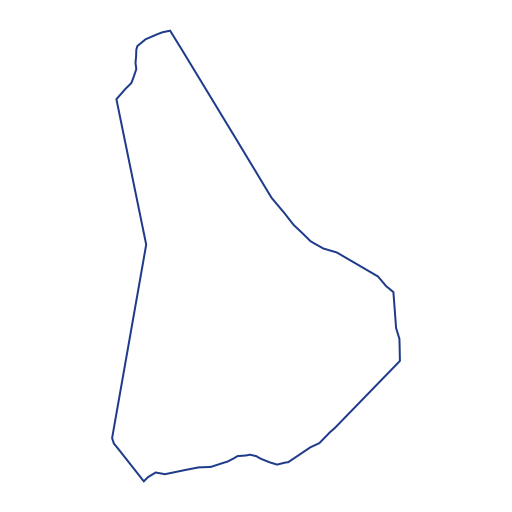 the district of Damanhur, Al Buhayrah, Egypt
{"feature_id": "37247803B7643312094608", "entity_name": "Damanhur", "entity_type": "district", "adm_level": 2, "iso_a3": "EGY", "parent_name": "Egypt", "parent_adm1": "Al Buhayrah", "projection": "orthographic", "projection_center": [30.461, 31.05], "detail": "fine", "context": "isolated", "style": "outline", "palette": "blue", "viewbox_px": 512, "rotation_deg": 0, "n_neighbors": 0, "source": "geoboundaries", "source_scale": "gbopen_adm2", "svg_char_len": 1107}
<svg xmlns="http://www.w3.org/2000/svg" viewBox="0 0 512 512"><path d="M310.2,447.4L319.4,443.1L326.4,435.9L330.1,432.1L334.8,428.0L397.9,363.0L399.9,360.9L399.8,355.4L399.6,345.7L399.4,338.8L396.1,328.1L393.4,292.1L386.1,286.1L378.0,276.5L366.0,269.5L339.4,254.0L336.9,252.5L323.3,248.5L314.6,243.6L310.5,241.2L301.9,232.7L293.9,225.2L291.8,222.6L288.6,218.5L284.0,212.6L281.2,209.3L271.7,198.0L268.5,192.8L251.8,165.0L250.2,162.4L234.1,135.7L226.9,123.9L220.8,113.8L181.2,48.6L170.1,30.7L162.7,32.2L157.6,34.1L145.7,39.2L137.4,46.0L136.3,49.7L136.1,56.5L135.5,62.9L136.3,69.0L135.5,71.5L133.7,76.9L131.3,83.1L125.4,88.9L123.5,91.1L116.4,99.2L129.3,162.2L133.5,182.7L146.2,244.6L141.6,270.8L112.1,438.1L113.9,443.6L116.0,446.1L117.8,448.3L143.8,481.3L145.9,479.2L148.2,477.0L155.7,472.5L165.0,474.2L175.0,472.1L186.2,469.8L198.6,467.4L206.4,467.1L210.9,466.9L219.2,464.2L224.4,462.5L227.1,461.8L233.9,458.3L237.5,456.1L245.8,455.5L250.0,454.7L256.4,456.2L259.7,458.2L262.9,459.6L269.9,462.4L277.0,464.6L285.6,462.5L288.2,462.2L298.8,455.1L310.2,447.4Z" fill="none" stroke="#1e3a8a" stroke-width="2"/></svg>